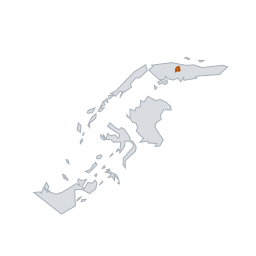 Bungo, Jambi, Indonesia shown in context, rotated 127°
{"feature_id": "22746128B28569646979400", "entity_name": "Bungo", "entity_type": "district", "adm_level": 2, "iso_a3": "IDN", "parent_name": "Indonesia", "parent_adm1": "Jambi", "projection": "robinson", "projection_center": [101.875, -1.516], "detail": "fine", "context": "in_parent", "style": "filled", "palette": "amber", "viewbox_px": 256, "rotation_deg": 127, "n_neighbors": 0, "source": "geoboundaries", "source_scale": "gbopen_adm2", "svg_char_len": 4776}
<svg xmlns="http://www.w3.org/2000/svg" viewBox="0 0 256 256"><g transform="rotate(127 128 128)"><path d="M87.7,104.3L91.9,110.6L98.1,109.8L101.2,106.8L106.7,108.5L110.9,107.4L116.4,92.6L123.2,91.8L126.4,95.3L123.0,95.7L127.8,102.7L126.5,104.3L132.2,109.9L127.1,109.3L125.5,119.4L121.5,120.8L119.3,124.8L120.7,127.6L119.2,132.1L111.7,137.7L110.1,132.6L107.1,133.8L103.9,131.0L98.3,134.4L97.5,130.8L90.7,131.2L89.4,122.1L85.9,119.6L84.4,113.3L85.1,107.1L87.7,104.3ZM19.2,85.2L30.2,87.2L44.4,103.4L46.1,104.7L46.8,103.0L56.3,112.1L54.0,114.0L59.3,113.7L58.2,118.3L62.6,120.8L64.9,126.5L64.0,129.2L67.5,128.0L70.6,132.0L69.2,146.6L63.9,145.0L63.7,147.0L49.4,132.3L43.3,119.7L37.9,113.3L35.2,105.2L20.9,90.1L19.2,85.2ZM236.8,129.3L236.2,164.4L231.7,159.4L232.3,157.9L226.4,159.6L227.4,156.1L225.8,154.3L226.4,154.0L227.3,154.2L227.9,154.0L225.2,152.6L226.4,152.2L224.1,145.8L219.1,141.9L203.4,135.8L202.9,131.7L200.7,136.2L198.4,137.1L197.7,133.0L194.0,130.2L202.2,129.4L203.3,126.5L195.6,127.3L193.8,123.6L189.4,122.9L190.6,119.8L196.1,117.1L203.6,119.2L204.6,127.7L209.5,133.4L221.8,123.2L236.8,129.3ZM160.3,109.8L154.9,113.6L139.8,112.4L138.0,113.8L137.4,118.2L140.2,122.6L144.6,119.7L153.4,119.4L143.5,125.3L147.9,130.9L147.7,134.7L150.6,138.9L144.5,140.9L144.7,137.3L141.2,134.2L142.0,130.0L140.1,129.6L138.3,131.1L139.0,145.3L134.8,145.5L135.2,137.0L134.5,134.1L131.6,133.5L131.2,129.9L134.7,120.1L136.3,119.9L135.8,115.7L138.3,110.0L142.2,108.1L155.8,110.6L161.4,106.1L160.3,109.8ZM70.7,147.1L81.5,149.1L83.1,151.8L91.4,152.7L93.3,149.8L101.4,152.5L103.7,156.5L110.3,157.2L110.1,160.5L111.1,162.5L104.8,159.9L79.5,156.8L66.8,152.0L70.7,147.1ZM173.9,110.6L178.4,106.7L176.4,111.3L179.4,114.0L174.6,113.6L177.2,120.0L173.7,116.5L172.4,109.1L175.3,103.4L173.9,110.6ZM176.0,130.7L187.3,132.1L188.4,136.0L183.8,133.1L177.5,133.8L175.7,132.2L174.6,134.1L176.0,130.7ZM150.0,161.6L141.7,163.4L135.8,162.1L139.7,159.6L147.8,161.7L150.6,158.9L150.0,161.6ZM126.1,159.1L131.7,159.9L132.6,161.9L121.5,163.8L123.3,160.3L127.1,162.3L128.4,161.5L126.1,159.1ZM160.1,163.4L160.2,167.3L153.9,170.8L154.3,167.0L160.1,163.4ZM70.6,124.2L72.2,128.5L74.3,129.1L73.6,131.8L70.4,130.4L69.4,127.0L66.3,126.2L67.8,123.7L70.6,124.2ZM224.7,159.8L220.5,160.4L222.6,156.0L225.9,155.0L226.9,156.7L224.7,159.8ZM136.8,165.7L139.3,167.6L140.5,169.7L137.9,170.4L131.8,166.5L136.8,165.7ZM169.6,131.9L171.4,134.8L168.8,135.8L165.8,133.6L166.0,131.9L169.6,131.9ZM110.5,159.2L116.4,160.5L113.7,162.9L110.5,159.2ZM119.7,159.4L120.6,163.1L117.1,162.6L119.7,159.4ZM81.0,129.7L78.1,132.5L78.3,129.0L81.0,129.7ZM206.2,144.5L206.8,149.1L205.5,149.4L204.4,146.0L206.2,144.5ZM108.7,152.7L104.2,154.1L102.3,153.3L108.7,152.7ZM152.1,139.7L152.1,144.0L149.5,145.7L150.5,140.1L152.1,139.7ZM28.0,107.5L32.0,110.0L31.5,112.2L28.0,107.5ZM37.9,124.8L36.3,123.9L35.6,120.4L36.8,120.4L37.9,124.8ZM190.5,158.3L189.7,156.6L192.1,153.5L192.0,156.3L190.5,158.3ZM186.4,115.6L191.1,116.8L185.8,116.3L186.4,115.6ZM158.1,124.2L162.3,125.3L157.6,125.2L158.1,124.2ZM150.1,141.8L147.8,143.9L149.8,140.1L150.1,141.8ZM210.3,118.7L212.7,119.1L215.0,121.1L212.8,121.6L210.3,118.7ZM169.1,156.5L167.5,158.1L164.3,158.2L165.2,156.5L169.1,156.5ZM205.9,149.9L204.9,152.1L203.8,152.0L204.0,148.6L205.9,149.9ZM175.8,124.2L173.0,124.5L172.2,123.8L173.4,122.4L175.8,124.2ZM210.7,123.8L214.1,124.1L217.4,124.9L214.3,125.4L210.7,123.8ZM150.9,121.6L153.8,123.0L150.8,123.8L150.9,121.6ZM178.1,103.2L176.1,102.8L177.9,101.2L178.1,103.2ZM157.6,160.6L160.7,159.3L161.1,160.1L157.6,160.6ZM186.3,124.3L185.8,126.2L183.4,125.3L184.6,124.7L186.3,124.3ZM119.5,135.5L118.2,136.8L119.3,132.7L119.5,135.5ZM173.1,116.9L174.6,119.6L174.0,120.0L171.8,117.9L173.1,116.9Z" fill="#d9dde1" stroke="#a8b0b8" stroke-width="1"/><path d="M53.8,124.1L53.7,124.1L53.7,123.9L53.7,123.7L53.4,123.6L53.2,123.7L52.9,123.7L52.9,123.4L52.9,123.2L52.7,123.1L52.4,123.2L52.2,123.0L52.0,122.9L51.9,122.9L51.8,122.7L51.7,122.7L51.4,122.7L51.2,122.6L50.9,122.5L50.9,122.4L50.8,122.2L51.0,122.0L51.2,121.9L51.3,121.8L51.2,121.8L51.2,121.7L51.3,121.4L51.2,121.4L50.9,121.3L50.7,121.4L50.7,121.5L50.5,121.8L50.4,121.8L50.2,121.9L50.0,122.0L49.9,122.1L50.0,122.3L50.1,122.5L49.9,122.7L50.0,122.8L50.1,123.0L49.9,123.1L49.8,123.3L49.7,123.4L49.7,123.5L49.4,123.7L49.3,123.8L49.2,123.8L49.1,124.0L49.0,124.3L48.9,124.2L48.9,124.3L48.7,124.3L48.8,124.4L48.8,124.5L49.0,124.7L49.0,124.8L49.2,125.0L49.3,125.1L49.6,125.3L49.8,125.3L50.0,125.3L50.2,125.2L50.3,125.2L50.5,125.1L50.8,125.1L51.0,125.1L51.2,125.3L51.3,125.3L51.3,125.5L51.5,125.5L51.6,125.4L51.8,125.3L52.0,125.3L52.0,125.2L52.0,124.9L52.3,124.9L52.5,124.8L52.5,124.7L52.8,124.4L53.0,124.4L53.1,124.2L53.2,124.3L53.3,124.4L53.3,124.5L53.5,124.4L53.7,124.2L53.8,124.1L53.8,124.1Z" fill="#f59e0b" stroke="#b45309" stroke-width="1.5"/></g></svg>